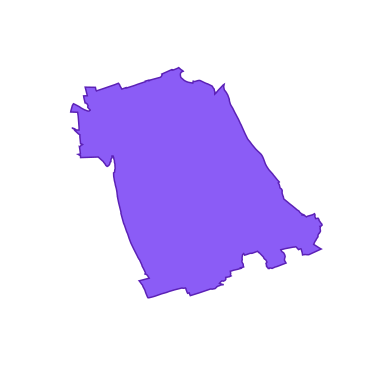 outline of Stauceni, Botosani, Romania, rotated 198°
{"feature_id": "2599482B98332276740934", "entity_name": "Stauceni", "entity_type": "district", "adm_level": 2, "iso_a3": "ROU", "parent_name": "Romania", "parent_adm1": "Botosani", "projection": "robinson", "projection_center": [26.772, 47.732], "detail": "fine", "context": "isolated", "style": "filled", "palette": "violet", "viewbox_px": 384, "rotation_deg": 198, "n_neighbors": 0, "source": "geoboundaries", "source_scale": "gbopen_adm2", "svg_char_len": 5969}
<svg xmlns="http://www.w3.org/2000/svg" viewBox="0 0 384 384"><g transform="rotate(198 192 192)"><path d="M316.2,261.7L326.0,258.7L321.3,251.2L324.8,249.9L323.7,247.8L321.2,243.7L320.6,243.9L320.2,243.7L319.9,243.5L319.5,243.5L318.6,243.2L318.3,242.6L317.5,242.0L317.5,240.6L317.2,240.2L315.5,239.2L314.3,238.7L314.1,238.3L314.6,237.8L314.7,237.4L315.5,236.9L316.2,236.8L318.2,236.9L319.0,237.0L319.3,236.9L323.2,237.6L325.5,238.3L330.7,239.2L332.0,239.3L332.5,237.3L332.3,232.2L332.1,230.6L325.4,232.5L323.7,229.0L321.0,222.5L319.2,218.1L318.6,216.0L321.1,215.2L322.2,215.6L323.7,215.9L325.4,215.9L325.3,215.6L324.0,215.7L323.2,214.9L322.8,214.5L322.3,214.2L317.8,212.1L316.4,211.9L315.5,209.4L313.0,203.7L310.7,203.4L311.0,202.9L311.9,202.5L311.9,202.1L312.5,200.5L313.2,200.5L311.4,197.0L309.9,193.8L310.0,193.6L311.9,192.6L309.3,192.1L308.6,190.3L292.0,196.3L286.9,194.0L285.8,193.6L285.0,192.8L284.3,192.5L283.7,191.9L283.0,191.7L282.7,191.2L282.2,190.7L280.6,190.1L279.7,191.0L279.1,192.2L278.9,193.2L279.0,194.4L279.1,195.1L278.5,195.8L279.1,197.8L279.1,198.8L278.6,199.8L279.3,201.4L278.3,201.9L277.3,200.8L276.5,199.3L275.5,197.9L274.9,196.2L273.9,194.7L273.5,193.5L272.3,190.5L272.3,189.1L272.0,187.9L271.8,186.9L272.5,185.9L271.3,182.7L270.2,180.6L269.2,178.6L268.2,177.1L266.9,174.7L265.0,171.8L264.1,170.1L263.4,168.8L262.2,166.1L261.8,165.5L261.6,165.0L261.7,164.9L258.5,159.2L253.4,151.0L253.2,150.5L253.1,150.0L252.8,149.4L247.3,141.0L246.9,140.7L246.7,140.3L246.0,139.6L241.9,134.1L240.4,132.5L237.5,128.5L234.3,124.5L230.0,120.0L224.6,114.6L223.8,113.8L223.6,113.5L221.5,111.6L221.1,111.5L220.4,110.7L217.2,107.2L216.5,106.1L214.1,103.8L211.5,101.0L211.2,100.5L211.3,100.3L211.4,99.5L209.9,99.5L208.6,98.9L206.1,96.8L214.8,91.2L214.4,91.0L211.0,88.5L210.5,88.3L209.1,86.6L207.9,85.5L206.4,84.0L204.9,81.9L201.9,78.4L201.1,77.8L200.1,78.2L197.2,80.0L195.0,81.5L189.4,85.8L185.2,88.6L182.8,90.5L178.3,93.6L171.9,97.6L170.6,97.7L169.6,98.2L169.3,98.3L168.6,98.7L168.2,98.5L167.9,98.2L167.6,97.5L165.5,94.9L164.8,94.3L163.6,95.2L161.6,92.9L154.0,98.3L144.5,105.4L144.0,105.6L143.0,105.8L142.0,106.2L141.6,106.6L140.6,107.0L140.2,107.3L139.4,108.7L139.0,109.6L138.2,110.5L136.6,111.7L136.2,112.3L133.2,113.7L135.0,113.5L137.7,113.7L136.7,115.8L136.3,116.5L135.4,116.8L134.6,116.9L133.4,118.0L133.1,118.6L132.9,119.2L132.9,119.6L133.1,120.2L133.6,121.2L133.0,121.6L132.3,121.8L131.8,122.2L130.4,122.9L129.4,123.8L128.9,124.3L129.6,124.6L129.8,125.0L129.9,125.9L130.0,126.4L130.2,126.8L131.1,128.5L130.5,128.8L128.2,130.5L124.8,132.5L121.7,134.6L122.4,135.0L120.8,135.9L119.7,136.7L120.4,137.7L121.0,139.1L121.3,139.5L122.1,140.1L123.0,141.2L123.2,141.7L123.3,142.0L123.2,142.7L123.3,143.2L123.9,144.5L124.1,145.0L124.5,147.8L124.5,148.2L123.8,149.4L122.4,148.2L119.9,150.0L118.0,151.5L117.6,151.7L116.1,152.2L115.6,152.5L111.3,155.9L109.9,155.0L109.6,155.2L108.0,154.4L104.1,152.3L103.6,151.8L103.2,151.3L102.2,150.6L101.4,150.5L100.4,149.9L99.1,148.5L99.2,147.6L99.5,147.4L99.6,147.0L99.1,146.2L98.4,145.4L98.5,145.0L98.2,144.5L98.0,144.1L97.0,143.7L96.2,143.2L95.9,142.8L94.8,143.1L94.7,143.5L94.5,143.8L93.6,144.0L92.2,144.1L89.8,146.3L88.1,147.4L80.6,153.5L82.5,155.2L83.0,155.7L83.2,156.4L83.3,157.0L83.4,157.8L83.4,158.9L83.5,159.4L83.6,159.7L84.5,161.0L85.6,162.1L86.0,162.4L86.4,162.6L88.1,163.1L89.0,163.8L89.7,164.5L88.4,165.3L85.9,166.9L83.2,168.4L78.6,170.9L78.1,171.1L77.9,171.1L76.5,172.0L76.1,171.9L74.3,171.0L72.9,170.1L71.3,171.5L71.0,171.6L70.4,171.4L70.1,170.7L69.0,169.2L68.3,168.1L67.4,166.3L66.8,166.7L65.8,167.1L65.3,167.5L64.0,167.7L61.6,168.4L54.0,175.4L51.5,177.7L53.5,178.1L60.1,179.8L59.8,182.8L59.2,184.7L59.2,185.1L59.1,185.8L58.3,188.4L58.7,189.0L58.8,190.5L58.6,191.5L58.4,192.0L58.2,192.0L58.0,192.7L58.1,192.9L57.8,193.6L57.7,194.2L57.8,194.5L58.0,195.2L58.4,195.9L58.8,196.5L59.1,198.2L59.7,198.8L58.9,199.2L58.7,199.5L58.6,200.0L58.3,200.4L58.1,200.5L58.2,201.0L58.5,201.5L58.9,201.8L59.4,202.0L62.2,204.1L62.5,204.4L62.7,205.0L63.9,206.0L64.1,206.0L65.9,205.0L66.2,204.9L66.7,205.6L67.4,206.4L67.7,207.0L67.8,207.2L67.8,207.9L67.9,208.1L68.1,208.5L68.8,209.2L70.3,207.6L74.6,204.7L75.5,203.7L77.7,204.4L79.7,204.3L80.2,204.2L80.2,204.3L79.3,204.9L81.1,205.1L83.3,206.0L83.6,206.3L84.5,207.0L86.3,207.4L92.0,209.7L95.6,211.0L102.4,213.7L102.7,214.0L103.8,215.9L104.8,217.0L105.0,217.4L105.8,218.5L106.2,219.5L106.5,220.7L106.8,221.5L107.6,222.3L108.1,222.6L109.7,223.2L110.3,224.5L111.4,226.1L111.7,226.4L112.8,227.3L112.1,228.5L114.6,229.9L117.9,232.1L119.7,233.2L120.2,233.6L120.9,234.1L124.0,235.9L126.0,237.1L127.0,237.9L129.1,239.6L130.9,241.4L134.1,245.5L135.4,247.0L136.5,248.1L137.9,249.2L143.1,251.7L144.8,252.6L149.7,255.7L152.9,258.0L154.1,258.7L155.5,259.7L156.2,260.4L159.7,264.0L166.2,271.2L167.3,272.2L167.8,272.8L170.3,275.5L175.8,280.8L179.1,284.2L181.9,286.6L182.8,287.6L184.1,289.5L184.7,290.4L184.8,290.8L185.2,291.7L187.9,295.2L190.1,297.2L191.4,298.2L191.7,298.3L192.8,299.1L193.8,300.8L194.3,301.8L194.5,302.4L194.7,304.3L195.4,303.4L198.4,297.1L199.8,293.5L200.6,292.1L201.0,293.2L201.1,294.0L201.3,294.6L202.0,295.2L202.5,296.3L202.9,296.9L204.1,297.6L205.2,298.7L205.8,299.0L210.7,299.7L211.1,299.6L213.5,299.8L218.4,300.5L219.0,300.5L219.8,300.3L221.1,299.6L223.4,298.0L224.1,297.8L225.1,297.8L224.9,295.8L229.7,295.2L231.5,295.3L233.4,295.6L234.6,296.0L235.2,296.3L237.8,297.4L238.1,297.6L238.9,299.0L239.3,299.8L239.5,300.5L239.6,301.2L239.4,302.2L238.9,303.1L237.7,304.1L238.4,304.5L240.3,305.0L243.1,306.2L244.0,305.2L246.8,302.8L247.7,302.1L248.2,301.9L248.2,302.3L249.0,302.2L257.2,294.8L256.6,294.3L256.7,293.9L256.8,292.7L257.4,291.4L259.1,290.3L266.9,285.2L266.8,284.9L267.4,284.5L267.7,285.0L270.7,283.0L270.4,282.5L277.2,277.5L279.3,275.8L281.2,274.4L285.7,271.2L286.8,270.5L287.0,270.9L290.5,268.2L293.2,270.6L294.1,271.7L295.6,272.7L298.5,270.3L302.1,267.6L309.0,262.4L313.5,259.1L314.1,258.6L315.0,259.5L316.2,261.7Z" fill="#8b5cf6" stroke="#5b21b6" stroke-width="1.5"/></g></svg>